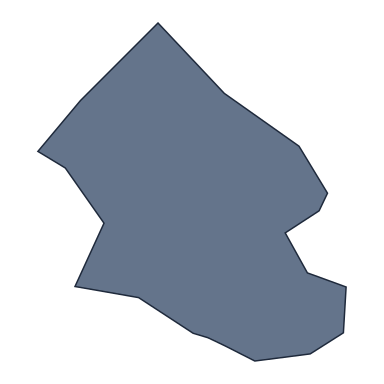 an SVG outline of Szolnok
{"feature_id": "HUN-4918", "entity_name": "Szolnok", "entity_type": "Urban county", "adm_level": 1, "iso_a3": "HUN", "parent_name": "Hungary", "parent_adm1": "", "projection": "natural_earth1", "projection_center": [20.178, 47.22], "detail": "fine", "context": "isolated", "style": "filled", "palette": "slate", "viewbox_px": 384, "rotation_deg": 0, "n_neighbors": 0, "source": "natural_earth", "source_scale": "10m", "svg_char_len": 377}
<svg xmlns="http://www.w3.org/2000/svg" viewBox="0 0 384 384"><path d="M75.0,286.5L104.0,223.2L65.3,168.0L37.9,151.4L80.5,100.5L158.0,23.0L224.3,93.4L299.0,146.2L327.5,193.2L319.1,210.8L285.2,232.9L307.4,272.9L346.1,287.0L343.4,332.8L310.2,353.9L254.8,361.0L224.9,345.8L207.9,337.7L193.2,333.3L138.6,297.6L75.0,286.5Z" fill="#64748b" stroke="#1e293b" stroke-width="1.5"/></svg>